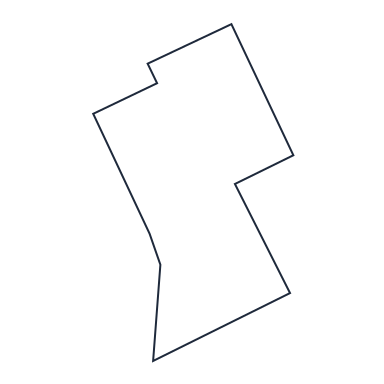 Kerr, Texas, United States of America, rotated 64°
{"feature_id": "52423323B33444382210707", "entity_name": "Kerr", "entity_type": "district", "adm_level": 2, "iso_a3": "USA", "parent_name": "United States of America", "parent_adm1": "Texas", "projection": "equal_earth", "projection_center": [-99.429, 30.036], "detail": "fine", "context": "isolated", "style": "outline", "palette": "slate", "viewbox_px": 384, "rotation_deg": 64, "n_neighbors": 0, "source": "geoboundaries", "source_scale": "gbopen_adm2", "svg_char_len": 301}
<svg xmlns="http://www.w3.org/2000/svg" viewBox="0 0 384 384"><g transform="rotate(64 192 192)"><path d="M58.4,83.0L57.2,175.6L78.9,175.7L78.4,246.5L106.8,246.9L210.9,248.4L243.5,252.3L326.8,301.0L325.8,148.2L203.6,149.9L203.4,84.8L58.4,83.0Z" fill="none" stroke="#1e293b" stroke-width="2"/></g></svg>